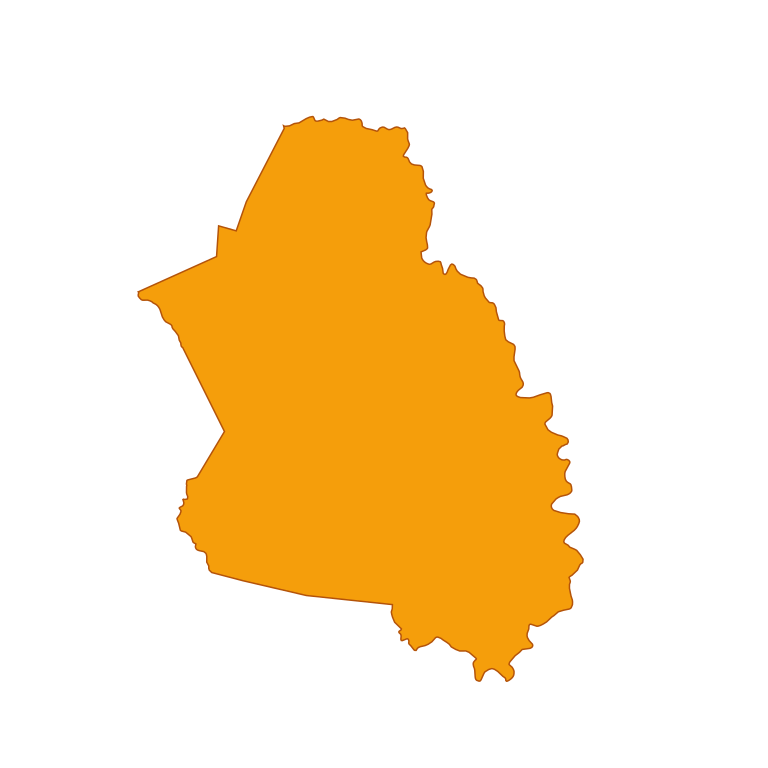 Yuscaran, El Paraíso, Honduras (Albers equal-area conic projection), rotated 24°
{"feature_id": "27666195B81385886170314", "entity_name": "Yuscaran", "entity_type": "district", "adm_level": 2, "iso_a3": "HND", "parent_name": "Honduras", "parent_adm1": "El Paraíso", "projection": "albers", "projection_center": [-86.803, 13.967], "detail": "fine", "context": "isolated", "style": "filled", "palette": "amber", "viewbox_px": 768, "rotation_deg": 24, "n_neighbors": 0, "source": "geoboundaries", "source_scale": "gbopen_adm2", "svg_char_len": 6158}
<svg xmlns="http://www.w3.org/2000/svg" viewBox="0 0 768 768"><g transform="rotate(24 384 384)"><path d="M637.1,463.1L632.9,460.2L627.7,457.6L625.4,457.4L620.1,457.5L617.8,456.4L613.6,456.0L612.4,455.0L612.0,453.1L612.4,450.3L613.6,447.3L617.3,440.3L618.2,437.7L618.6,435.5L618.7,432.3L618.4,430.0L617.5,428.4L615.8,426.9L614.6,426.2L611.2,425.3L605.3,427.5L597.6,429.6L590.5,430.4L588.5,429.7L586.9,428.3L586.2,426.8L586.0,425.4L587.9,419.1L589.3,416.9L590.9,414.9L596.3,410.8L597.5,409.4L598.3,408.2L598.8,406.7L599.0,405.4L598.7,404.5L597.1,401.7L595.6,399.9L594.8,399.5L591.5,399.1L589.8,398.4L588.2,397.0L586.8,394.9L585.6,392.4L585.1,390.3L585.8,380.6L585.6,379.9L585.1,379.2L583.6,378.5L581.8,378.5L581.1,378.8L579.9,380.0L578.7,380.5L577.4,380.9L575.9,380.9L574.2,380.6L572.8,379.9L571.8,379.1L570.9,378.0L570.5,375.9L570.2,372.3L571.8,368.3L572.8,367.6L574.1,365.8L575.8,364.2L575.9,361.9L574.8,360.2L573.2,359.2L569.5,359.1L567.2,359.2L563.4,359.9L556.6,360.0L552.4,359.1L547.3,355.2L547.0,354.1L547.1,352.9L549.6,347.7L550.2,345.7L550.2,344.1L547.0,335.6L544.8,332.8L541.7,327.5L540.3,325.8L539.5,325.2L538.6,325.1L537.7,325.1L536.6,325.6L531.1,330.3L525.8,335.4L522.5,337.6L514.1,340.9L511.5,341.1L509.8,340.8L509.3,340.4L508.8,339.7L508.6,337.8L509.2,335.3L511.5,330.7L511.6,328.6L511.2,327.2L510.2,325.8L506.6,323.2L505.4,322.0L504.2,320.3L503.2,318.5L502.1,317.2L493.3,309.8L491.7,306.3L489.6,298.9L488.5,296.6L487.5,295.8L486.2,295.1L480.4,294.9L477.2,294.0L474.9,291.1L472.2,286.6L470.3,282.1L469.8,280.2L469.0,279.0L467.9,278.1L466.8,277.8L463.5,279.0L462.7,278.8L457.3,272.3L455.2,268.7L452.3,266.2L451.2,265.8L450.2,265.7L447.5,266.6L446.8,266.6L441.5,264.1L439.6,262.6L436.9,259.3L435.7,256.9L435.1,256.2L432.8,254.9L428.6,253.9L426.4,251.4L425.5,250.9L423.3,250.6L420.5,251.6L417.3,252.4L409.2,252.6L405.0,251.1L402.9,249.6L400.9,247.5L398.9,246.7L397.9,246.7L397.1,246.9L396.3,248.3L396.0,253.2L396.2,256.3L395.8,258.4L395.1,259.1L393.9,259.1L393.0,258.7L390.5,254.6L387.9,251.8L386.5,250.0L385.7,249.4L383.6,249.8L381.4,251.0L380.1,252.3L378.1,255.2L377.1,256.0L376.4,256.3L373.7,256.4L371.4,256.0L369.6,255.3L367.3,253.7L364.1,248.3L367.5,244.6L368.3,243.1L368.5,242.0L367.1,239.3L365.1,236.6L362.9,233.2L361.3,228.4L361.1,227.2L361.5,221.7L361.4,219.8L358.7,209.4L356.6,205.0L357.3,202.0L356.5,198.3L355.8,197.7L354.8,197.5L351.5,197.7L349.9,197.4L348.3,196.4L346.2,194.5L345.3,193.2L345.1,192.5L347.3,191.4L348.8,190.0L349.4,188.7L349.3,187.6L348.4,187.0L346.3,187.2L344.4,187.0L342.4,186.2L341.0,185.3L336.2,180.1L333.5,173.8L330.4,170.1L329.4,169.7L328.0,169.7L322.8,171.5L319.6,171.8L317.1,170.8L314.4,168.3L313.4,167.8L312.4,167.7L310.5,168.3L309.0,168.0L308.7,166.7L309.9,158.9L310.0,156.4L309.8,154.9L309.2,154.1L307.1,152.0L305.9,150.5L303.4,144.8L299.7,142.1L298.6,141.7L297.5,142.7L295.7,143.7L292.3,143.7L291.0,144.1L289.6,145.1L286.9,148.4L285.1,149.6L283.6,149.8L279.7,149.4L278.3,149.8L277.3,150.6L276.2,151.8L275.6,153.4L275.4,155.2L275.0,155.7L274.3,156.0L269.7,156.5L263.7,157.8L260.0,157.5L259.1,157.0L257.9,154.7L256.4,153.0L254.9,152.2L253.3,152.1L247.8,155.9L243.8,156.8L240.3,157.0L235.6,158.4L234.7,159.4L233.6,161.4L229.6,165.4L226.5,166.8L221.3,166.5L219.9,168.2L216.6,170.8L215.5,171.3L214.7,171.5L213.7,171.3L211.2,169.0L210.4,168.6L209.8,168.8L207.5,170.5L205.0,173.2L200.2,180.0L196.1,182.6L192.7,186.6L189.1,188.7L188.0,189.0L187.2,188.9L188.9,191.1L184.1,273.5L186.7,304.2L168.6,306.8L179.2,335.7L122.0,399.8L122.7,400.1L123.2,402.6L123.8,403.7L125.7,404.8L128.0,405.7L129.4,405.6L134.0,403.5L136.4,403.2L138.5,403.3L140.0,403.8L143.2,404.0L145.3,404.6L147.3,405.7L149.0,407.0L154.3,412.9L157.1,414.9L159.2,415.9L164.5,416.3L165.7,416.6L166.6,417.2L167.5,418.5L168.8,419.5L172.0,420.9L176.5,423.5L179.1,427.2L181.7,429.2L182.5,430.7L183.5,432.0L184.3,432.4L185.3,432.6L257.6,492.3L251.3,544.3L250.9,545.4L250.0,546.5L244.2,551.1L243.4,551.8L243.2,552.4L244.2,555.8L245.0,556.6L245.3,557.9L247.7,563.5L248.5,564.7L250.5,566.7L251.1,568.5L251.1,569.0L250.5,569.5L248.9,570.6L247.8,570.7L247.3,571.3L249.4,573.8L249.9,575.4L249.7,577.2L248.0,579.3L247.4,580.4L247.6,580.9L249.9,582.1L250.4,583.2L250.6,585.9L249.6,591.0L250.1,591.8L253.1,594.8L257.4,600.4L258.7,600.7L263.0,600.0L269.8,601.9L271.2,603.2L273.8,606.1L275.1,606.5L277.2,606.6L277.9,609.5L278.9,610.6L280.0,611.3L281.3,611.5L282.8,611.4L287.6,610.4L290.1,611.1L291.1,612.0L292.3,613.7L294.5,618.8L297.9,621.5L298.9,623.7L300.1,625.1L303.3,626.3L335.1,621.1L399.1,608.8L481.4,582.1L483.0,586.1L483.4,589.3L484.7,591.2L486.6,593.5L490.6,597.3L499.5,600.6L499.6,601.6L498.4,603.8L498.4,604.5L499.0,605.1L500.8,605.7L501.5,606.3L502.2,607.4L503.2,610.3L504.1,611.3L505.1,611.0L508.6,607.4L509.4,607.2L510.2,607.5L510.9,608.2L511.5,609.2L511.9,610.6L512.9,611.5L514.7,612.1L519.8,614.8L520.5,614.8L521.7,614.3L522.0,612.1L522.6,610.7L523.9,609.3L528.0,606.2L530.2,603.8L532.6,600.0L534.3,594.7L535.1,593.8L536.2,593.3L539.5,593.2L542.1,593.8L546.7,594.5L549.6,595.2L552.4,596.8L557.4,597.3L561.7,597.1L567.3,594.6L570.8,594.5L579.3,597.0L580.1,597.5L580.2,598.1L579.6,599.3L579.0,601.7L579.1,602.8L579.6,603.9L580.6,605.4L582.3,607.1L583.4,608.7L586.5,614.6L587.4,615.9L588.2,616.6L589.2,617.0L591.7,616.8L592.6,616.2L593.0,614.8L593.0,607.6L593.3,605.9L595.8,602.2L598.0,600.3L599.2,599.9L601.0,599.7L604.8,600.3L611.5,602.7L614.1,603.2L615.1,603.9L615.8,605.2L616.7,605.7L617.5,605.3L618.6,604.0L619.8,602.0L620.6,600.1L620.9,598.6L620.9,597.1L620.4,595.3L619.6,593.5L618.3,592.1L616.4,590.7L612.4,589.4L612.0,588.4L612.0,586.7L614.3,578.9L616.9,574.0L618.2,570.3L624.9,566.1L626.2,564.5L626.4,563.0L626.1,562.1L625.4,561.3L621.0,559.4L618.3,557.4L617.1,555.9L616.2,553.5L615.9,548.9L614.7,545.8L614.8,544.7L615.2,544.0L616.0,543.7L622.2,543.1L623.3,542.5L625.1,540.9L627.0,538.6L629.3,535.2L632.0,528.7L633.4,526.5L635.9,521.2L640.2,517.5L644.8,514.2L645.7,513.1L646.0,512.1L645.9,508.9L644.9,506.4L643.9,504.7L641.0,501.5L636.5,495.2L634.9,491.5L634.8,489.7L634.4,488.3L631.7,485.4L632.2,484.1L633.5,482.3L636.4,475.3L636.5,469.5L637.0,468.1L637.8,467.1L638.1,466.0L637.1,463.1Z" fill="#f59e0b" stroke="#b45309" stroke-width="1.5"/></g></svg>